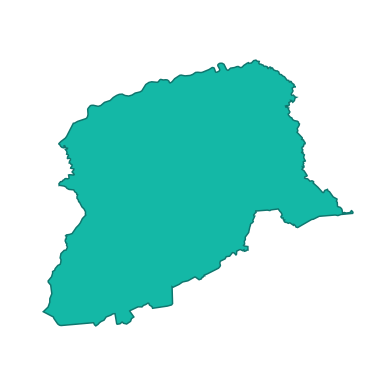 the district of Las Lajas, El Oro, Ecuador, rotated 175°
{"feature_id": "8360857B7040191128771", "entity_name": "Las Lajas", "entity_type": "district", "adm_level": 2, "iso_a3": "ECU", "parent_name": "Ecuador", "parent_adm1": "El Oro", "projection": "mercator", "projection_center": [-80.108, -3.799], "detail": "fine", "context": "isolated", "style": "filled", "palette": "teal", "viewbox_px": 384, "rotation_deg": 175, "n_neighbors": 0, "source": "geoboundaries", "source_scale": "gbopen_adm2", "svg_char_len": 5954}
<svg xmlns="http://www.w3.org/2000/svg" viewBox="0 0 384 384"><g transform="rotate(175 192 192)"><path d="M33.8,156.7L33.4,157.8L34.6,159.5L35.1,159.3L35.8,158.1L37.3,157.7L40.2,157.6L42.0,158.3L43.8,157.9L44.1,161.3L44.5,162.4L45.7,163.8L47.8,164.6L48.3,165.1L48.2,169.1L49.0,170.2L48.2,171.9L48.2,172.4L51.8,174.8L55.0,180.3L56.5,181.4L56.8,182.8L59.6,182.0L60.9,180.0L62.0,180.2L66.1,185.7L70.5,190.4L69.9,191.4L70.4,192.1L71.5,192.7L73.5,192.5L75.6,195.0L78.1,195.7L78.6,196.1L78.2,197.3L77.4,197.7L76.3,197.7L75.9,198.4L78.4,203.2L80.5,205.1L79.5,205.9L79.8,207.3L78.8,206.7L78.3,207.0L78.2,208.1L78.9,209.2L78.8,210.1L78.2,210.5L78.6,212.2L77.8,212.9L76.9,212.7L76.4,213.1L77.7,216.2L77.5,217.8L76.8,219.2L78.1,220.6L78.0,221.5L78.6,221.3L79.3,221.7L78.2,223.5L78.4,224.0L78.0,224.5L78.6,225.3L78.6,226.4L78.0,227.4L77.1,227.5L76.2,230.0L75.1,230.2L75.1,231.5L75.9,232.5L76.4,234.1L78.1,234.8L77.4,235.9L77.5,236.5L82.2,242.4L81.2,243.7L81.7,246.0L79.6,248.8L79.0,250.4L79.7,251.0L79.9,252.4L80.8,253.3L83.8,254.2L85.4,255.3L86.2,257.3L87.3,257.7L89.1,260.0L89.4,261.3L88.4,261.9L87.5,263.2L88.7,265.8L88.7,266.7L88.4,267.2L89.1,267.3L89.3,268.5L90.0,269.1L90.5,268.3L91.0,268.3L91.4,269.5L89.9,269.8L88.1,269.6L87.4,270.4L87.7,272.7L85.5,273.6L85.8,274.7L84.6,274.4L84.7,274.0L83.8,272.6L82.0,274.1L81.2,276.6L79.8,277.2L81.0,277.5L81.4,278.5L82.0,278.8L82.5,279.7L84.2,279.6L84.6,280.5L84.5,281.2L82.8,283.4L82.6,284.2L83.0,285.0L83.1,286.8L81.2,287.8L80.1,287.6L80.0,288.1L81.2,289.0L81.0,290.2L82.9,291.8L83.6,293.4L84.1,293.6L84.8,293.0L85.4,293.1L85.9,294.7L87.5,295.0L89.8,298.7L91.6,299.8L92.7,301.1L94.5,301.7L94.9,302.6L95.0,303.8L96.3,305.1L97.9,305.4L100.1,306.6L101.0,308.5L102.6,308.2L102.4,309.1L103.3,309.7L104.2,309.4L105.3,308.4L105.7,308.5L106.3,310.3L107.9,310.9L109.1,310.8L110.3,312.4L111.5,312.7L112.2,313.4L113.3,313.4L114.0,314.0L114.2,314.6L113.6,316.2L115.6,316.6L116.8,317.8L119.1,317.5L121.6,315.3L124.3,315.2L124.5,315.9L125.9,315.5L129.5,313.5L131.0,312.1L132.3,311.7L133.3,311.9L135.0,313.0L136.4,313.0L138.8,312.3L142.9,312.0L145.2,310.1L145.8,310.1L146.9,311.0L149.0,316.4L150.7,317.6L152.2,317.8L153.5,317.7L155.0,316.7L155.3,315.5L153.9,312.4L153.7,311.1L154.3,310.2L156.5,309.2L157.7,309.2L158.1,309.6L159.1,313.5L160.1,314.1L161.1,314.2L164.4,312.5L171.1,310.4L172.6,310.2L175.9,310.8L178.0,310.8L181.0,309.1L183.6,308.3L188.8,308.3L192.6,309.4L194.0,309.3L199.4,306.4L202.2,303.6L204.0,302.6L204.9,302.9L205.4,304.5L206.7,305.7L208.2,306.1L210.9,306.1L213.3,306.9L214.3,306.5L216.0,304.7L217.0,304.3L222.6,305.3L225.4,304.9L228.7,303.1L233.2,297.1L235.2,296.2L240.0,295.5L243.3,293.8L246.7,293.1L250.4,294.0L253.0,295.6L256.0,295.6L258.6,294.8L262.2,293.0L265.5,290.3L271.4,288.9L275.3,286.1L278.0,285.5L282.7,287.0L284.8,287.1L285.8,286.8L288.0,284.6L288.7,283.6L288.8,278.5L289.4,276.4L290.5,274.8L291.5,274.3L299.8,272.3L302.9,270.9L304.0,270.7L303.9,271.3L312.0,258.4L313.5,256.7L318.1,253.8L320.8,251.5L320.3,251.8L320.3,251.1L319.6,250.7L318.8,248.9L317.7,247.8L316.2,247.2L315.5,247.2L315.5,249.2L315.2,249.3L314.5,248.8L314.2,247.4L313.7,246.9L312.2,246.5L312.3,245.9L314.4,245.3L313.3,243.7L313.1,242.0L313.6,240.6L312.3,240.0L311.9,239.3L312.0,238.7L312.8,238.0L313.2,236.4L312.9,236.1L311.3,236.3L310.2,235.6L310.3,234.4L311.3,233.4L311.8,231.6L310.8,231.4L310.4,230.5L309.1,229.4L309.4,228.2L310.6,227.0L310.8,226.3L307.7,225.3L307.8,224.4L309.7,222.5L309.4,221.7L308.3,221.0L308.3,220.2L307.9,219.8L308.2,219.3L308.8,219.3L312.6,219.9L313.5,219.7L313.2,216.9L313.4,216.4L314.8,215.9L316.3,216.4L317.3,216.3L318.6,215.2L319.4,215.0L320.3,213.9L322.1,213.7L323.8,211.9L323.8,210.1L323.4,210.2L319.1,209.1L317.3,208.1L316.2,206.5L314.3,205.3L309.6,204.4L308.8,202.5L307.1,201.0L307.0,199.7L306.2,199.3L307.0,197.2L307.1,195.7L306.1,194.4L305.7,192.1L305.1,192.0L303.0,186.8L301.1,184.6L299.8,181.5L300.2,179.1L299.8,178.3L303.5,175.1L306.0,170.9L307.8,168.9L310.5,166.6L315.0,161.1L317.6,160.4L320.8,160.2L321.7,159.4L320.7,158.7L321.2,158.1L321.3,156.3L322.1,156.1L322.6,154.2L322.1,153.1L322.2,152.4L321.2,151.6L321.6,149.6L320.9,148.3L321.0,147.7L322.5,145.1L324.4,145.0L327.9,142.1L329.1,137.8L328.4,135.9L328.9,133.3L329.6,131.5L332.1,130.5L335.0,127.6L335.6,126.0L337.8,124.9L337.9,123.3L339.3,119.8L343.1,115.9L343.0,114.6L340.9,111.6L340.5,102.9L342.9,98.2L343.3,94.5L345.4,89.9L350.6,85.7L341.0,79.6L340.5,77.9L337.3,72.3L335.8,71.0L334.9,70.6L333.9,70.4L301.9,70.4L301.4,70.2L300.7,68.2L299.5,67.0L297.2,68.3L295.5,69.9L293.8,70.9L290.8,72.0L288.4,75.0L283.3,76.5L281.8,77.4L280.2,77.6L279.3,77.5L278.5,67.2L277.8,66.8L275.2,67.0L273.1,68.5L272.6,68.4L271.7,67.2L268.6,66.2L264.5,68.5L263.3,71.1L260.8,72.6L264.5,78.9L264.1,79.2L255.8,82.3L251.8,81.9L250.2,83.3L248.0,83.9L245.7,85.1L244.8,84.9L244.2,83.1L241.9,81.3L241.4,79.6L226.4,80.5L222.2,81.3L221.1,82.5L220.1,99.3L219.4,98.7L212.9,101.1L209.2,103.2L203.8,103.9L196.9,107.0L195.9,106.9L192.6,104.0L190.3,104.6L189.3,106.1L188.5,106.2L187.6,107.3L186.7,107.4L187.0,108.1L186.5,108.3L183.9,109.1L172.2,113.8L170.6,115.4L170.1,116.5L170.5,118.8L169.8,120.6L164.9,122.5L163.5,124.6L160.1,124.8L157.0,128.1L155.5,127.8L153.7,125.5L153.1,126.1L152.6,129.2L149.6,130.4L148.7,130.4L146.6,129.1L145.3,129.9L145.1,128.4L143.5,128.6L142.1,129.4L141.3,129.3L141.1,132.8L144.5,133.6L145.3,134.3L144.1,135.6L144.2,138.4L143.0,139.9L142.9,142.4L139.1,146.7L137.4,152.3L136.8,153.4L136.6,154.6L135.7,155.6L134.5,156.1L133.5,157.2L133.9,158.4L131.6,162.5L132.4,162.8L132.6,163.7L130.8,165.6L130.0,166.0L130.1,167.5L118.6,167.4L116.0,166.7L114.7,167.3L107.6,167.6L106.0,164.9L105.1,163.9L104.4,162.1L104.3,161.0L105.5,159.9L105.4,159.0L104.7,158.2L103.6,158.3L103.4,156.5L102.2,156.0L102.9,155.3L102.5,154.3L101.8,153.7L100.3,153.4L98.8,152.4L97.2,152.8L93.8,150.0L93.3,150.8L92.1,149.5L91.4,148.0L89.8,147.4L75.2,154.2L73.5,154.3L67.4,156.7L51.3,156.6L48.7,155.8L45.6,156.6L33.8,156.7Z" fill="#14b8a6" stroke="#0f766e" stroke-width="1.5"/></g></svg>